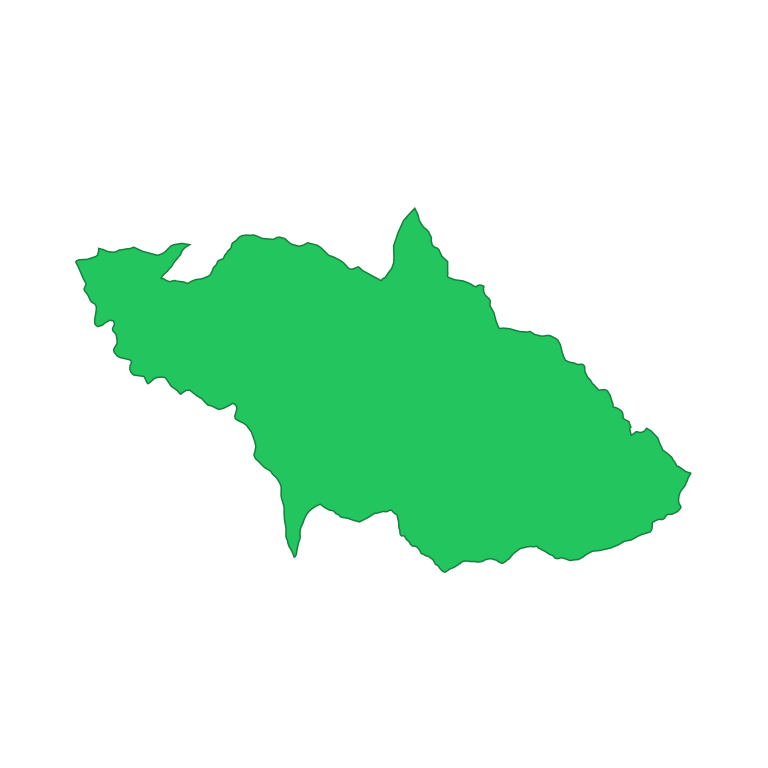 Saleng, Mongar, Bhutan (Natural Earth projection), rotated 149°
{"feature_id": "84629894B77073852352819", "entity_name": "Saleng", "entity_type": "district", "adm_level": 2, "iso_a3": "BTN", "parent_name": "Bhutan", "parent_adm1": "Mongar", "projection": "natural_earth1", "projection_center": [91.106, 27.254], "detail": "fine", "context": "isolated", "style": "filled", "palette": "green", "viewbox_px": 768, "rotation_deg": 149, "n_neighbors": 0, "source": "geoboundaries", "source_scale": "gbopen_adm2", "svg_char_len": 6147}
<svg xmlns="http://www.w3.org/2000/svg" viewBox="0 0 768 768"><g transform="rotate(149 384 384)"><path d="M267.1,518.8L274.0,516.9L282.9,514.1L293.4,506.9L304.6,497.5L310.3,487.3L313.4,482.8L317.9,479.1L324.6,476.4L327.8,474.7L331.1,474.9L332.5,474.2L333.3,474.2L343.9,492.2L345.1,496.3L345.7,497.7L351.1,498.5L353.4,499.5L354.9,501.6L355.8,506.8L356.7,510.0L357.8,512.3L361.9,519.0L365.1,522.7L367.7,532.8L369.6,537.1L376.6,544.3L381.5,544.6L385.6,545.7L390.9,551.0L392.3,553.7L394.1,559.7L398.0,563.8L400.7,564.8L404.2,564.8L413.3,571.4L418.2,578.1L419.7,579.3L421.2,579.8L425.7,582.8L429.1,584.2L432.2,584.5L436.9,583.1L440.4,583.0L441.8,582.6L443.6,581.1L444.6,579.7L446.1,579.1L449.8,578.3L451.1,577.4L454.0,576.5L456.5,574.6L457.4,574.2L461.7,575.0L463.3,574.8L466.3,572.6L469.7,571.8L470.8,571.2L473.5,569.0L475.1,568.2L475.6,567.5L476.9,567.0L479.5,566.9L486.5,568.1L490.0,569.8L492.2,570.6L496.1,571.2L499.3,571.1L500.6,571.4L503.2,574.7L509.0,579.2L510.1,580.6L515.2,582.2L517.1,584.6L518.8,587.7L520.5,589.3L518.5,590.6L516.7,591.2L511.5,592.2L509.0,593.2L506.1,593.9L500.8,596.6L491.8,599.7L489.3,601.6L487.4,602.6L483.6,603.5L478.8,603.5L484.8,608.6L492.3,611.6L495.6,612.1L503.6,610.0L507.2,610.0L511.7,610.8L522.5,621.9L528.0,630.1L532.0,630.9L535.5,632.6L539.8,634.1L541.7,635.2L545.4,635.4L547.7,636.1L551.9,639.2L553.5,641.0L555.3,643.7L558.8,647.2L559.8,645.4L563.1,642.0L565.5,641.7L574.1,643.7L581.4,647.5L583.7,647.9L584.9,647.7L585.4,647.1L585.7,641.7L587.6,628.6L587.6,624.2L588.2,622.7L590.7,621.1L592.3,619.8L592.6,617.7L592.0,613.2L592.7,606.5L592.2,604.2L590.7,601.7L590.6,599.8L591.0,598.0L593.3,594.6L599.1,587.9L600.9,584.3L600.5,581.9L599.5,580.5L595.1,579.4L591.9,580.0L586.3,579.9L583.6,577.8L583.6,575.6L584.5,573.9L588.1,571.4L589.0,569.4L588.1,564.4L590.6,558.3L592.1,556.1L596.9,553.6L598.4,552.3L599.0,549.9L598.2,545.2L596.5,542.5L589.9,536.1L589.2,535.1L588.9,533.8L589.6,532.3L592.2,530.5L594.1,527.9L594.9,524.7L594.4,522.1L594.0,520.7L585.9,514.1L585.9,512.2L586.4,508.1L586.4,506.5L586.1,505.8L582.7,506.0L578.1,507.0L575.0,506.4L571.0,504.5L568.4,502.3L568.0,500.7L567.6,491.8L564.6,484.8L563.9,480.5L563.5,479.9L561.4,480.3L556.9,480.4L553.7,478.8L550.5,470.3L547.8,465.3L546.0,456.9L543.0,453.9L539.0,447.5L534.7,445.9L527.6,445.3L523.5,445.4L522.7,444.1L522.0,442.3L522.0,440.6L523.3,438.1L528.4,433.3L529.2,431.4L529.1,430.3L527.9,427.7L524.7,423.0L523.2,419.6L522.4,410.8L524.4,401.3L526.0,396.5L529.4,392.6L531.7,390.6L532.3,389.2L532.6,386.0L531.3,381.9L530.5,378.0L529.5,374.1L526.0,367.5L526.0,364.3L524.4,358.6L524.3,352.9L525.1,348.8L529.8,341.2L530.6,338.9L533.0,330.0L535.9,325.3L538.8,319.7L540.3,316.3L540.9,314.3L542.6,310.3L546.5,304.0L547.0,302.3L547.5,298.9L548.2,297.6L549.0,293.7L549.1,288.4L549.5,285.0L550.2,281.9L549.0,281.9L547.1,282.9L543.6,287.1L539.6,291.4L535.4,295.0L534.3,296.6L533.0,299.2L530.9,302.2L528.7,304.2L526.0,305.9L520.4,310.4L517.0,312.3L513.3,313.6L510.1,314.1L505.6,314.4L500.5,313.8L498.5,308.7L495.7,304.0L492.4,301.1L492.1,297.9L490.0,294.9L489.9,292.9L488.7,291.3L484.1,287.5L480.5,283.0L476.0,278.4L465.9,277.7L458.7,278.0L455.9,276.7L450.3,275.2L448.3,273.6L446.9,273.0L444.4,272.9L443.2,272.3L442.4,271.5L442.1,269.4L441.6,267.8L440.2,264.8L441.6,261.5L442.1,259.2L445.4,252.8L445.6,251.0L447.4,247.1L447.6,246.1L447.2,244.8L445.5,243.8L444.7,242.9L444.9,239.3L443.7,235.7L443.9,232.7L443.0,230.4L441.2,229.2L439.7,227.3L439.0,223.0L439.4,220.6L439.0,219.0L437.9,217.7L436.3,214.8L434.8,213.5L433.1,209.6L432.5,208.0L432.7,202.8L431.5,201.0L431.1,199.5L431.1,197.5L430.4,193.9L429.6,192.3L428.6,191.3L424.8,191.3L423.4,191.6L418.7,190.8L416.7,190.8L413.4,190.9L412.4,191.2L411.3,190.8L410.6,191.3L407.8,191.3L406.0,190.6L403.4,189.1L401.3,187.2L397.5,185.0L395.7,183.3L393.9,182.4L391.1,181.3L387.0,181.1L383.2,179.7L381.6,178.5L379.0,175.7L377.9,174.2L377.7,173.1L376.3,170.9L375.4,169.7L374.3,169.2L370.8,169.3L369.1,169.7L366.7,169.7L360.6,171.9L352.0,172.8L344.5,170.4L342.0,169.2L339.9,167.6L337.0,166.3L336.2,165.7L336.2,164.0L332.3,157.8L329.5,152.1L328.1,150.7L327.4,149.1L327.4,147.3L326.4,145.8L324.6,144.6L321.4,143.7L319.4,141.7L315.4,136.8L311.3,135.2L307.8,133.4L302.6,133.2L298.6,133.7L291.4,133.3L284.7,130.1L274.2,126.7L265.6,125.4L259.0,125.4L252.1,122.9L245.0,122.8L241.0,122.3L232.0,120.1L229.5,121.3L226.8,124.6L225.5,126.9L224.8,127.1L220.6,126.9L218.6,126.5L217.4,126.1L216.1,124.9L214.6,124.4L212.8,124.4L209.7,126.1L207.5,126.0L206.7,125.3L204.0,124.0L198.1,123.5L193.4,124.9L192.6,126.4L192.8,129.0L191.7,132.3L188.7,136.3L185.3,139.1L177.6,142.2L175.7,143.9L173.8,144.8L172.4,146.4L167.1,149.4L167.1,149.9L168.7,151.5L170.7,153.9L171.8,156.9L173.8,161.2L175.3,163.1L174.9,167.2L175.3,169.5L175.1,173.1L176.3,176.9L178.4,182.3L179.1,183.7L178.6,186.8L178.2,191.6L177.1,196.7L179.2,206.1L181.7,210.8L184.9,209.5L187.7,209.8L189.4,210.4L191.6,212.6L192.8,213.3L195.8,212.7L198.5,212.8L196.5,218.9L195.9,219.8L194.5,219.9L193.9,224.2L193.4,225.3L194.1,226.9L195.7,229.1L196.7,231.7L195.6,233.2L194.5,235.9L194.3,237.3L194.4,238.8L195.3,240.9L197.3,244.2L199.5,246.5L198.0,248.8L197.7,251.1L196.0,257.8L196.0,262.8L196.3,263.8L198.1,265.8L203.2,268.1L203.5,271.1L204.2,272.8L204.2,274.2L205.0,276.5L205.2,278.4L205.1,281.1L206.0,285.2L205.4,291.2L203.4,294.8L203.0,296.4L203.6,298.5L205.9,300.0L207.7,300.7L210.6,304.5L212.8,306.3L214.4,308.0L216.3,310.9L215.8,315.7L214.9,319.4L212.6,326.9L212.4,332.1L213.6,335.1L216.8,340.0L218.7,341.4L221.8,342.6L224.2,343.8L229.2,348.6L231.8,353.9L234.2,354.6L240.8,359.2L247.9,366.7L252.7,370.3L256.0,371.9L256.7,373.0L255.6,380.1L253.1,388.4L252.9,395.9L252.5,397.2L250.0,400.6L250.1,403.3L251.0,406.2L251.5,408.6L251.0,411.8L249.3,415.0L248.4,415.8L248.2,416.6L249.3,418.1L251.2,419.7L253.4,420.2L254.5,419.8L255.4,420.3L256.7,421.8L257.8,424.4L259.2,426.6L263.1,431.6L269.7,436.9L274.0,442.5L274.2,443.7L272.5,445.6L271.6,447.5L266.4,456.1L268.6,463.8L267.8,471.0L268.5,473.1L270.5,475.8L270.9,477.8L270.9,479.0L269.7,482.5L268.0,484.9L267.4,492.0L268.2,495.2L269.4,498.2L269.6,503.5L269.5,506.2L267.8,511.2L267.1,518.8Z" fill="#22c55e" stroke="#15803d" stroke-width="1.5"/></g></svg>